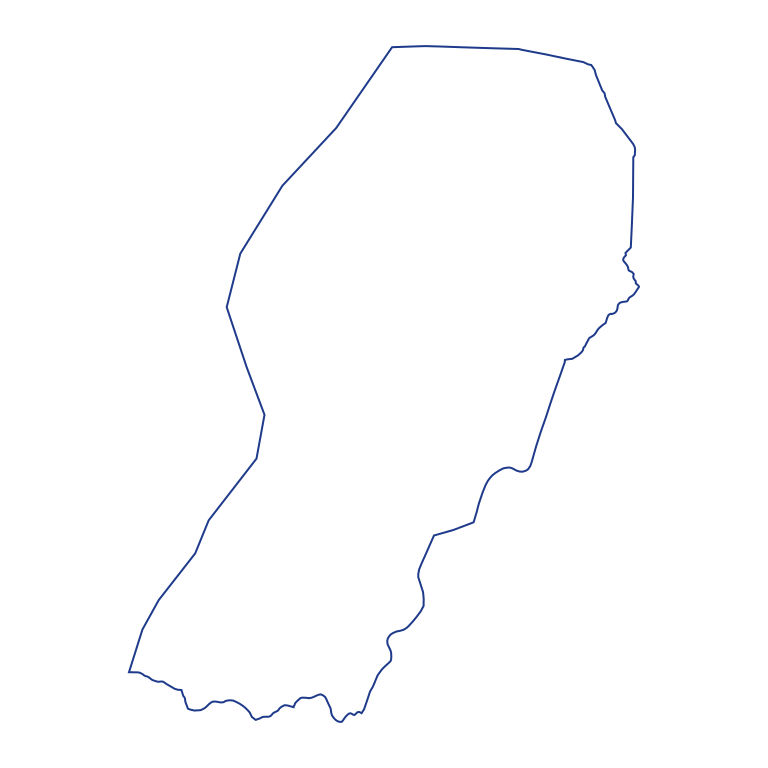 Obuasi East, Ashanti, Ghana (Mercator projection)
{"feature_id": "2480657B26017273678273", "entity_name": "Obuasi East", "entity_type": "district", "adm_level": 2, "iso_a3": "GHA", "parent_name": "Ghana", "parent_adm1": "Ashanti", "projection": "mercator", "projection_center": [-1.604, 6.179], "detail": "fine", "context": "isolated", "style": "outline", "palette": "blue", "viewbox_px": 768, "rotation_deg": 0, "n_neighbors": 0, "source": "geoboundaries", "source_scale": "gbopen_adm2", "svg_char_len": 4186}
<svg xmlns="http://www.w3.org/2000/svg" viewBox="0 0 768 768"><path d="M129.0,672.2L138.6,672.4L139.8,672.8L141.6,673.6L143.0,674.4L144.1,675.4L145.5,676.1L147.2,676.5L149.0,677.4L150.1,678.3L151.3,679.3L152.6,680.1L154.7,680.8L156.8,681.5L158.8,681.8L160.6,681.5L161.7,681.5L163.1,681.7L164.0,682.3L165.0,682.9L166.1,683.8L168.2,685.0L174.5,688.7L176.3,689.3L178.1,689.8L180.0,689.9L181.5,690.1L182.7,694.1L183.3,696.0L184.2,697.0L184.9,698.3L185.1,699.8L185.5,702.3L186.5,704.8L187.9,708.6L189.9,709.5L192.0,710.0L194.8,710.6L197.1,710.3L198.8,710.3L200.8,710.1L202.7,709.2L204.7,708.1L206.6,706.5L209.0,704.1L210.9,702.6L212.7,701.7L214.9,701.5L217.2,701.8L220.2,702.4L222.2,702.4L223.8,702.1L225.5,701.0L228.2,700.4L230.8,700.3L233.2,700.6L236.0,701.8L239.5,703.6L242.8,705.8L245.3,707.8L247.6,710.1L248.7,711.3L249.7,712.5L251.0,715.1L251.9,717.0L253.5,718.2L254.6,719.1L255.8,719.9L257.5,719.2L259.9,718.4L262.5,717.0L264.1,716.8L265.5,716.7L267.8,716.8L269.5,716.5L270.7,715.9L272.0,714.5L273.0,713.3L274.4,712.4L276.3,711.5L277.6,710.9L278.9,709.4L279.4,708.5L281.4,706.8L284.6,705.2L286.6,705.4L287.7,705.5L293.6,707.2L293.8,706.0L294.6,705.0L294.9,703.6L296.1,702.1L297.5,700.7L299.2,699.2L300.4,698.1L302.0,697.7L303.6,697.7L306.1,697.8L309.1,698.2L311.7,697.7L314.2,696.7L316.3,695.7L318.0,695.0L319.3,694.6L320.9,694.4L323.3,695.5L325.2,697.1L326.3,699.1L327.2,701.2L328.3,703.6L329.2,705.5L330.2,707.5L330.7,708.9L331.0,711.0L331.3,713.0L332.0,715.4L333.6,717.7L334.9,719.2L336.4,720.5L338.3,721.5L340.0,721.9L341.6,721.9L342.9,720.5L344.4,718.3L346.0,716.2L347.6,714.7L349.0,713.6L350.2,713.3L351.6,713.7L353.1,714.6L354.2,715.0L355.1,714.5L356.3,713.3L357.5,712.2L359.4,712.0L360.7,712.7L361.6,713.2L364.1,709.2L366.4,702.5L368.4,696.6L370.0,691.6L370.9,690.1L372.8,686.8L374.3,683.4L376.0,679.2L377.5,675.6L379.4,672.8L382.1,669.2L385.2,666.1L387.9,663.7L390.6,661.1L391.2,658.9L391.3,656.3L391.1,652.5L390.3,649.9L388.2,645.6L387.6,644.3L387.2,641.1L387.9,638.2L390.3,634.8L392.8,633.1L396.5,631.5L399.7,630.9L402.1,630.2L403.5,629.8L406.5,628.0L408.5,626.2L412.9,621.4L416.8,616.6L420.7,611.3L423.6,605.9L423.7,598.9L423.3,594.5L423.0,591.9L421.5,587.3L419.7,581.6L418.3,577.3L418.3,573.8L419.2,569.3L421.6,563.4L426.1,553.4L429.6,545.4L434.0,535.5L453.6,529.9L473.6,522.3L476.7,512.0L477.7,508.0L478.9,503.5L482.6,492.5L485.6,485.0L487.9,480.8L490.1,477.8L492.3,475.4L495.2,473.1L499.2,470.5L503.2,468.4L505.2,468.0L506.7,467.7L509.6,467.5L512.5,468.4L516.5,470.6L519.9,471.6L522.7,471.7L526.1,470.6L528.2,469.1L530.3,466.0L531.7,462.0L533.5,455.6L535.9,447.1L539.3,436.4L541.7,429.2L545.9,417.3L546.7,414.8L550.1,404.3L554.2,392.1L559.2,378.0L560.3,375.0L562.6,368.3L564.7,362.5L564.9,360.0L567.1,359.4L572.3,358.8L578.0,355.4L580.3,353.4L582.0,351.6L583.0,350.0L583.3,348.6L583.6,347.5L585.0,346.3L586.1,343.9L587.5,341.3L589.3,338.0L592.8,335.9L594.4,334.6L595.9,332.7L597.0,330.7L598.7,328.5L601.0,326.4L603.2,324.6L604.6,323.7L605.6,323.0L606.3,320.9L607.0,318.4L608.0,315.9L608.9,314.7L610.6,313.8L612.1,314.0L613.7,313.4L615.3,312.5L616.7,310.8L617.5,308.3L617.7,306.1L618.2,304.5L619.7,303.0L620.8,302.4L623.6,301.8L625.6,301.6L626.8,301.4L627.7,300.7L628.2,299.4L629.6,297.4L631.6,296.2L633.7,294.6L635.5,292.2L636.6,290.5L637.6,289.0L639.0,286.9L638.4,285.6L637.0,284.4L635.9,283.5L635.7,282.4L635.8,281.4L635.3,280.6L634.3,279.5L633.3,277.5L633.3,276.4L633.7,274.0L633.0,273.1L631.9,272.0L630.6,271.4L629.5,270.9L628.7,270.3L628.3,269.1L628.1,267.7L627.6,266.2L626.3,264.3L625.2,262.9L624.1,261.7L623.3,260.4L623.2,259.5L623.5,258.3L624.4,256.9L625.9,255.4L625.5,252.9L630.8,247.5L631.8,226.4L633.0,197.4L633.3,157.2L634.8,155.2L635.1,149.5L634.8,147.5L634.1,145.8L633.1,143.9L621.8,129.0L616.0,123.2L615.1,120.1L609.4,106.7L605.2,96.8L604.6,93.3L602.2,90.4L598.3,80.8L596.0,75.2L594.6,69.9L591.3,65.0L588.3,64.4L584.8,62.8L583.4,62.1L565.7,58.6L544.8,54.2L531.6,51.7L522.3,49.9L518.6,49.0L494.0,48.3L465.8,47.4L439.9,46.5L425.3,46.1L418.4,46.3L392.1,47.2L336.2,128.0L282.4,185.7L240.3,253.6L226.7,307.2L246.6,367.0L264.5,414.8L256.5,458.6L208.7,520.3L195.2,553.4L158.7,600.1L142.4,629.6L129.0,672.2Z" fill="none" stroke="#1e3a8a" stroke-width="2"/></svg>